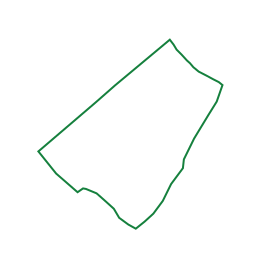 Motufoua, Tuvalu (Mercator projection), rotated 194°
{"feature_id": "33948139B1978289965587", "entity_name": "Motufoua", "entity_type": "district", "adm_level": 2, "iso_a3": "TUV", "parent_name": "Tuvalu", "parent_adm1": "", "projection": "mercator", "projection_center": [178.693, -7.491], "detail": "fine", "context": "isolated", "style": "outline", "palette": "green", "viewbox_px": 256, "rotation_deg": 194, "n_neighbors": 0, "source": "geoboundaries", "source_scale": "gbopen_adm2", "svg_char_len": 551}
<svg xmlns="http://www.w3.org/2000/svg" viewBox="0 0 256 256"><g transform="rotate(194 128 128)"><path d="M108.8,223.8L150.9,166.2L165.5,145.1L209.3,83.6L186.7,66.4L161.4,53.5L157.0,58.5L154.1,58.7L142.7,57.0L133.8,52.4L122.2,46.2L114.8,38.7L104.3,34.4L96.1,32.2L89.3,41.1L82.7,51.0L76.6,65.7L72.6,84.1L65.0,102.3L66.2,111.1L61.3,133.8L53.1,160.2L48.3,175.1L46.7,192.5L51.0,194.5L57.1,195.9L64.5,197.8L73.0,199.8L79.3,202.8L83.6,205.9L87.2,207.8L93.8,212.2L99.8,215.8L103.9,219.9L108.8,223.8Z" fill="none" stroke="#15803d" stroke-width="2"/></g></svg>